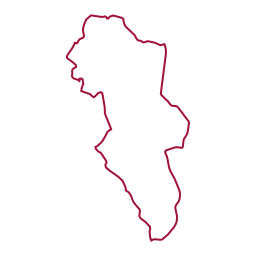 SVG path tracing the border of Hedmark
{"feature_id": "NOR-919", "entity_name": "Hedmark", "entity_type": "County", "adm_level": 1, "iso_a3": "NOR", "parent_name": "Norway", "parent_adm1": "", "projection": "orthographic", "projection_center": [11.196, 61.296], "detail": "fine", "context": "isolated", "style": "outline", "palette": "rose", "viewbox_px": 256, "rotation_deg": 0, "n_neighbors": 0, "source": "natural_earth", "source_scale": "10m", "svg_char_len": 2811}
<svg xmlns="http://www.w3.org/2000/svg" viewBox="0 0 256 256"><path d="M164.4,44.2L164.7,44.9L165.8,48.8L165.8,50.0L166.0,53.0L163.4,73.4L160.8,93.7L161.3,94.8L165.8,99.5L167.6,100.9L170.6,104.9L171.7,105.6L173.2,105.9L175.8,106.0L177.0,106.5L178.2,107.6L188.6,121.4L188.9,122.1L189.0,123.1L187.9,130.6L187.4,132.9L186.7,134.7L184.0,139.0L183.7,139.7L183.5,140.8L182.9,146.3L182.8,146.6L182.5,147.5L181.7,147.9L177.3,147.2L175.1,147.4L166.2,150.3L165.2,151.4L165.3,153.0L166.9,156.6L167.6,159.3L168.6,165.1L169.2,167.9L170.3,171.0L174.6,178.7L179.2,189.9L179.8,192.2L180.0,194.7L179.8,197.6L179.4,199.5L178.8,201.0L178.1,202.3L176.0,205.1L175.5,206.2L175.3,207.5L175.7,210.2L176.9,215.3L177.0,218.2L176.6,221.7L175.5,224.6L174.1,227.0L168.0,234.5L162.2,239.4L160.6,239.8L154.1,239.2L152.1,240.0L151.5,240.6L151.4,240.6L151.0,239.9L150.7,239.1L150.4,238.2L150.1,236.8L149.6,231.7L149.6,231.3L149.7,231.0L149.9,230.3L150.1,229.8L150.1,227.8L150.0,226.8L149.9,226.5L149.1,225.9L145.8,222.2L141.3,218.9L140.2,217.8L139.8,217.2L139.5,216.4L139.4,214.8L139.9,211.5L139.8,210.1L139.6,209.2L136.8,206.3L133.6,202.2L132.0,198.8L131.6,197.2L130.5,194.8L128.7,192.4L128.0,191.8L126.1,190.7L125.9,190.4L125.7,189.9L125.7,188.4L125.4,187.2L125.0,186.0L124.3,184.7L123.9,183.6L123.0,181.9L122.4,180.4L121.8,180.2L121.6,179.9L118.5,176.9L109.1,170.3L108.5,169.4L108.1,169.3L107.6,169.1L106.0,167.4L105.7,166.6L105.5,165.7L105.4,164.9L105.6,164.2L106.4,163.0L106.5,162.2L106.2,161.0L101.3,153.4L100.3,152.6L98.0,151.3L95.8,148.7L95.5,147.9L95.4,147.1L96.5,146.5L96.9,146.3L97.3,146.1L101.5,142.2L102.9,140.4L106.4,134.1L106.7,133.6L107.0,132.5L108.3,131.1L111.2,129.3L104.9,113.5L104.7,107.4L102.7,95.3L102.1,93.1L101.7,92.6L101.2,92.3L100.5,92.2L98.7,92.9L97.7,93.4L97.0,94.4L94.2,97.1L93.8,97.2L92.7,96.6L91.0,95.2L90.4,94.4L89.7,94.0L81.3,91.1L81.7,88.0L83.3,83.8L82.6,79.3L81.1,78.5L79.6,78.7L79.3,79.0L79.5,79.4L79.7,79.7L79.7,80.0L79.3,81.0L77.6,79.7L74.0,78.6L72.3,77.1L72.1,76.4L72.0,75.4L72.3,74.0L72.3,73.2L72.1,71.4L72.1,71.2L72.2,70.8L72.3,70.1L72.8,69.2L73.3,68.6L76.0,67.0L76.2,66.4L76.0,65.6L75.5,64.7L73.1,62.5L68.1,58.9L67.0,57.8L67.0,56.3L67.5,55.0L71.9,48.7L73.5,45.9L73.8,45.2L74.4,44.1L74.5,43.4L74.7,43.0L75.0,42.7L76.4,43.3L77.0,43.1L77.6,42.5L78.3,41.0L79.0,40.0L79.5,39.3L82.8,37.8L83.3,37.5L84.0,36.4L83.5,33.0L83.0,30.9L83.1,28.4L83.9,25.0L86.2,19.5L91.0,15.4L102.0,17.0L105.2,16.4L106.3,17.1L106.6,17.6L106.7,18.0L106.9,18.3L107.2,18.6L107.7,18.6L108.1,18.5L110.0,16.5L113.3,15.5L121.7,17.8L123.3,18.9L123.5,20.0L123.5,21.0L123.9,22.6L124.4,24.2L125.0,25.4L125.7,26.6L134.7,35.2L135.2,36.1L136.1,38.0L137.1,39.5L138.2,40.4L140.7,40.8L141.7,41.4L142.4,42.0L143.1,42.3L143.7,42.5L146.4,41.7L147.5,41.1L154.5,42.6L160.4,45.2L164.4,44.2L164.4,44.2Z" fill="none" stroke="#9f1239" stroke-width="2"/></svg>